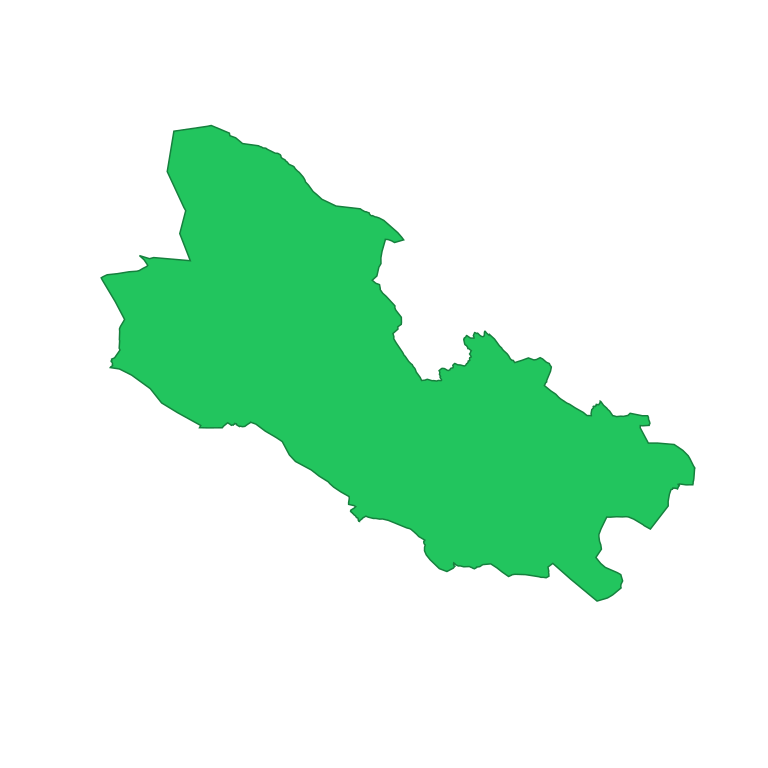 Tokke nor, Telemark, Norway (Robinson projection), rotated 33°
{"feature_id": "86288312B10810953516710", "entity_name": "Tokke nor", "entity_type": "district", "adm_level": 2, "iso_a3": "NOR", "parent_name": "Norway", "parent_adm1": "Telemark", "projection": "robinson", "projection_center": [7.933, 59.464], "detail": "fine", "context": "isolated", "style": "filled", "palette": "green", "viewbox_px": 768, "rotation_deg": 33, "n_neighbors": 0, "source": "geoboundaries", "source_scale": "gbopen_adm2", "svg_char_len": 6138}
<svg xmlns="http://www.w3.org/2000/svg" viewBox="0 0 768 768"><g transform="rotate(33 384 384)"><path d="M546.5,495.2L550.4,493.9L555.0,490.6L557.2,490.3L557.7,490.1L559.1,490.1L560.5,489.7L561.6,487.5L561.4,487.1L563.8,485.0L565.2,481.7L571.5,476.7L578.9,476.7L585.1,477.3L593.3,477.6L595.1,474.8L595.2,474.3L597.4,472.3L600.2,470.6L606.5,466.8L618.8,461.3L621.0,460.6L623.0,459.3L625.5,458.2L627.0,455.4L625.6,453.4L624.6,452.4L624.1,451.2L621.2,448.2L623.3,442.5L646.8,446.0L680.9,450.0L688.0,441.7L690.7,436.2L693.9,425.9L692.8,424.8L691.9,423.0L691.4,419.2L686.4,414.9L682.7,415.1L669.5,417.3L663.5,416.5L656.2,414.1L656.3,404.1L653.4,400.8L650.4,398.5L647.4,395.0L646.2,393.2L644.9,387.3L643.3,374.3L646.2,372.5L651.4,368.6L656.2,365.7L659.3,363.4L661.3,362.4L667.1,361.3L677.8,360.9L679.4,361.1L686.4,360.6L688.8,331.5L686.3,327.8L685.2,325.3L683.4,321.0L682.2,316.2L683.2,315.2L683.0,313.8L683.9,313.6L684.6,312.9L686.2,312.4L686.4,312.1L687.3,312.1L686.8,309.5L687.0,308.8L685.6,308.1L686.5,307.7L686.0,307.2L686.2,306.9L692.2,304.1L697.9,300.3L697.2,298.6L696.6,297.9L696.3,296.6L695.3,294.4L690.9,286.4L690.6,286.3L690.4,285.5L690.5,285.2L688.3,284.2L681.2,280.0L678.2,278.5L670.7,276.9L660.3,276.7L645.9,284.4L637.9,289.6L622.7,281.2L621.6,279.3L623.8,278.1L628.9,274.3L628.5,273.9L628.6,272.5L627.6,271.3L625.1,269.5L623.9,267.9L622.4,267.0L618.0,269.9L606.4,274.5L605.7,277.5L602.5,280.7L600.0,282.1L596.8,284.7L593.8,285.6L593.1,286.0L587.9,283.8L585.6,283.5L583.9,282.9L579.7,282.3L575.6,280.7L574.7,280.7L575.5,282.1L575.3,282.4L575.3,283.2L575.5,284.2L575.1,284.7L573.4,285.3L573.1,285.6L573.8,286.5L573.2,287.3L573.3,287.9L571.9,288.5L571.7,288.9L572.7,290.1L572.2,292.3L573.7,295.9L575.1,297.6L571.4,299.9L566.7,299.3L557.3,299.9L550.7,299.9L547.7,300.4L540.0,300.3L537.6,300.0L533.7,299.0L527.7,298.9L519.4,298.0L518.9,294.9L519.3,293.7L518.5,292.4L516.7,282.6L515.1,278.6L512.9,277.7L511.5,276.8L508.4,277.3L503.4,276.6L500.6,276.9L498.5,280.5L496.6,282.2L490.9,283.5L486.8,289.0L482.0,294.8L480.2,294.2L479.8,293.8L478.8,294.1L478.4,294.5L476.2,294.1L473.0,292.4L470.8,291.6L465.9,290.8L463.9,290.2L463.1,289.7L460.2,289.2L452.2,286.1L445.4,285.0L445.5,285.9L442.1,285.4L440.2,284.7L439.8,285.0L440.1,286.0L441.8,288.9L441.3,290.3L440.8,290.7L439.5,291.0L437.8,291.0L435.1,290.4L434.6,290.5L434.1,291.2L432.1,291.4L432.0,291.6L432.6,294.8L434.0,295.7L434.5,296.5L431.5,298.4L427.0,298.3L426.8,298.7L427.0,299.8L426.3,301.9L426.7,302.3L426.5,302.8L426.8,303.4L430.0,306.6L431.1,307.0L431.9,306.8L433.8,307.5L435.1,308.6L435.6,308.2L439.1,308.5L439.1,309.7L439.5,311.0L439.4,312.2L441.3,313.0L442.4,313.8L441.6,315.2L442.0,316.3L443.1,317.5L442.9,318.0L442.2,318.7L442.1,319.0L442.5,319.5L442.7,320.1L442.6,321.3L442.2,322.0L442.3,323.8L441.8,324.9L441.5,325.2L437.8,326.4L435.3,327.8L432.6,328.1L432.0,328.4L431.5,330.8L432.8,332.0L433.0,332.8L431.5,334.4L431.4,335.3L431.6,336.1L430.6,337.7L429.6,338.0L426.4,338.1L424.7,338.9L423.9,339.6L422.9,342.8L424.4,343.7L425.4,345.9L426.8,346.4L427.3,346.9L427.1,347.4L427.4,347.9L430.1,349.2L430.2,349.8L429.7,350.3L427.6,351.4L426.6,352.8L424.0,354.0L422.4,355.1L417.9,356.4L416.9,357.4L416.7,358.1L413.6,360.6L410.8,358.8L404.5,356.4L402.3,354.7L401.2,354.1L399.0,353.5L397.1,352.4L395.5,352.3L392.3,351.6L386.6,349.2L385.4,349.1L382.5,347.4L371.4,342.7L367.5,340.7L366.5,338.9L364.0,336.8L365.8,330.4L364.4,328.5L366.0,324.6L365.1,322.8L362.2,318.6L353.6,315.6L351.6,314.2L350.6,312.5L338.1,309.3L333.5,308.6L329.4,306.9L328.8,305.9L326.1,303.1L322.2,304.0L317.6,303.4L319.2,297.3L316.1,288.9L315.9,284.7L312.7,279.9L310.1,273.8L306.8,263.0L306.3,262.0L308.8,260.6L312.3,259.8L315.8,259.6L322.0,252.4L319.3,251.4L313.2,249.6L294.7,246.9L289.5,247.4L286.7,248.1L285.5,248.7L282.7,249.0L282.1,249.7L280.8,249.8L279.3,249.4L278.5,248.6L275.2,249.3L274.6,249.7L273.6,249.9L270.8,250.1L268.7,250.0L246.8,260.9L231.3,262.9L224.8,261.8L219.7,261.2L212.2,258.3L208.1,257.3L206.6,256.0L203.7,254.5L197.6,252.7L195.4,252.5L192.2,251.8L190.5,250.9L189.2,250.8L184.7,251.5L181.6,250.5L180.2,250.5L178.8,249.9L176.0,250.2L174.3,249.9L173.0,248.6L172.0,248.2L169.3,248.4L167.0,249.7L157.8,250.8L157.3,250.5L156.0,250.8L153.8,252.0L152.2,251.9L151.3,252.3L148.9,252.6L134.4,259.4L125.5,258.3L119.5,259.7L117.7,257.8L98.3,261.3L95.6,264.0L70.1,286.4L86.5,323.9L120.0,344.9L123.3,346.6L130.8,369.1L154.4,386.1L122.0,403.4L119.1,406.6L109.0,409.5L115.1,410.5L121.2,413.1L121.0,414.7L119.0,418.1L117.0,422.1L115.3,424.0L109.1,428.7L100.3,436.7L92.3,443.2L89.9,447.1L89.0,449.0L91.3,450.3L113.7,461.3L131.2,471.1L131.4,473.0L131.6,479.2L132.1,481.8L133.7,483.9L137.9,490.9L138.8,491.8L142.4,498.2L144.1,499.3L143.8,508.8L142.0,511.5L142.9,512.5L142.9,512.9L142.6,513.2L143.0,513.8L143.8,513.8L144.7,514.3L145.4,515.0L145.7,515.9L146.4,516.4L145.5,518.5L145.5,519.3L153.9,515.5L167.5,514.0L190.5,515.2L207.8,521.0L226.2,520.5L252.9,518.6L253.1,521.1L260.2,516.7L272.3,508.7L272.3,507.1L274.0,501.7L276.7,501.6L278.5,501.8L279.2,500.9L280.0,500.5L279.9,499.8L280.5,499.1L280.4,498.3L280.8,498.3L281.6,497.8L282.2,497.9L282.4,498.5L286.0,498.4L286.2,497.8L288.7,496.8L290.4,495.3L291.5,492.3L293.0,489.1L292.9,488.7L298.4,487.4L310.2,488.2L322.9,487.6L330.0,487.7L343.2,495.0L351.9,497.2L369.8,495.7L379.7,496.6L390.5,496.4L392.9,497.1L398.0,497.9L407.0,498.0L416.0,497.4L417.2,498.9L419.0,502.9L419.9,504.2L425.1,502.3L427.1,502.3L426.6,504.2L424.9,507.8L425.0,508.3L425.4,508.4L425.4,509.0L426.1,509.1L426.5,509.4L427.3,509.2L428.0,509.6L428.7,509.6L429.9,510.0L431.9,510.1L433.7,511.0L434.8,510.6L435.9,511.2L436.2,511.5L436.3,512.0L437.5,512.8L438.3,512.6L438.0,512.0L439.1,508.9L439.2,507.8L440.8,504.7L443.2,504.3L448.2,502.6L450.6,501.1L453.9,499.7L456.3,498.0L461.9,496.0L481.4,492.3L484.4,491.3L486.0,491.2L493.0,492.2L496.2,493.0L503.3,492.7L503.5,493.2L503.1,494.1L503.3,494.8L504.6,496.1L506.3,496.6L506.9,498.8L508.8,501.8L512.5,504.3L518.5,506.3L531.0,508.7L538.9,507.0L542.4,500.7L542.6,498.6L542.7,498.3L541.5,498.2L540.5,497.3L539.9,496.1L541.2,496.0L541.9,496.5L542.5,496.5L545.2,496.2L546.1,495.8L546.5,495.2Z" fill="#22c55e" stroke="#15803d" stroke-width="1.5"/></g></svg>